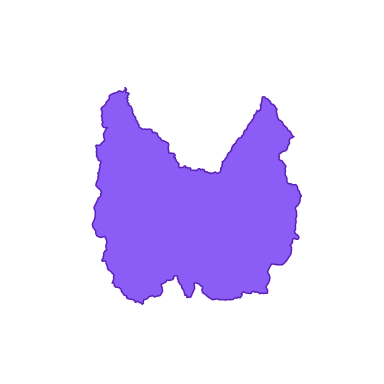 Santa Rosa, Cauca, Colombia, rotated 147°
{"feature_id": "7082276B65287171655445", "entity_name": "Santa Rosa", "entity_type": "district", "adm_level": 2, "iso_a3": "COL", "parent_name": "Colombia", "parent_adm1": "Cauca", "projection": "orthographic", "projection_center": [-76.572, 1.472], "detail": "fine", "context": "isolated", "style": "filled", "palette": "violet", "viewbox_px": 384, "rotation_deg": 147, "n_neighbors": 0, "source": "geoboundaries", "source_scale": "gbopen_adm2", "svg_char_len": 6046}
<svg xmlns="http://www.w3.org/2000/svg" viewBox="0 0 384 384"><g transform="rotate(147 192 192)"><path d="M299.7,130.8L299.1,130.0L297.9,130.3L296.9,129.6L296.4,128.0L294.9,126.4L295.0,125.4L294.6,124.9L293.3,125.3L292.3,126.9L291.1,127.8L287.6,126.8L285.1,127.6L281.6,126.6L280.4,124.2L279.0,124.1L275.4,122.6L274.0,122.9L273.5,123.4L270.8,124.7L268.9,128.6L269.0,129.7L268.2,131.3L263.2,130.7L260.9,131.7L259.1,130.1L256.1,129.1L254.5,129.5L253.8,130.9L251.9,131.0L250.3,129.8L250.2,129.3L250.3,128.7L251.4,127.3L251.0,125.6L252.3,124.6L252.1,123.9L252.3,121.1L251.6,119.7L252.8,117.2L252.5,114.1L254.1,109.2L252.9,108.6L253.0,107.6L253.7,106.6L253.4,106.0L251.4,105.3L250.6,104.6L250.0,104.7L242.3,109.8L240.0,114.1L239.3,114.3L238.7,114.1L236.1,111.0L235.9,108.8L234.9,106.9L235.1,105.9L237.0,104.7L237.9,101.7L236.5,98.5L235.7,95.4L233.4,90.4L228.9,88.6L227.9,86.8L224.7,84.9L222.6,83.0L220.8,82.6L219.4,81.3L216.3,79.6L213.9,79.8L212.9,79.4L212.1,78.4L210.8,78.7L209.2,77.1L207.6,77.5L205.7,78.8L206.0,79.9L203.1,80.3L202.2,78.5L198.7,75.3L197.5,74.8L195.9,75.6L194.8,75.5L193.9,73.8L191.0,72.0L190.8,70.0L188.1,69.0L187.4,67.9L184.8,66.8L184.1,66.1L183.0,67.0L182.0,68.9L181.9,71.4L181.4,72.5L177.7,73.9L174.9,75.9L173.4,77.6L172.4,80.1L172.3,83.8L166.8,87.3L164.1,88.2L160.2,84.6L156.3,82.0L155.3,81.8L150.5,82.7L142.9,86.1L140.6,88.6L138.8,91.3L138.4,92.7L138.6,93.9L135.5,94.7L134.8,95.4L134.3,96.6L133.3,97.4L132.1,97.6L131.4,97.2L130.2,95.5L129.0,94.8L128.5,94.8L127.6,95.2L126.9,96.1L126.8,97.3L127.1,98.9L128.0,100.5L127.6,103.2L125.7,104.1L123.0,108.4L120.8,110.4L119.8,112.9L117.4,114.7L115.0,118.9L114.3,122.0L112.9,122.9L111.0,123.1L107.8,124.4L106.0,125.9L104.4,128.5L102.7,128.9L102.4,129.4L102.3,132.4L101.6,134.3L102.0,136.4L100.7,139.1L100.8,141.2L101.6,142.1L103.3,142.8L104.6,145.0L106.5,146.4L106.8,148.2L106.8,148.9L104.8,152.1L104.5,155.5L103.9,157.0L102.7,157.9L101.0,161.0L99.4,162.3L99.2,162.7L99.6,169.4L100.6,170.1L101.2,172.1L99.5,174.2L98.9,175.9L98.2,176.4L96.2,176.3L94.2,176.6L91.0,175.6L89.7,175.8L87.9,177.0L87.0,178.1L83.6,179.8L82.7,181.8L81.7,182.9L80.1,183.3L76.6,182.9L77.3,184.9L76.7,188.5L76.9,189.8L77.9,191.6L77.5,193.9L78.7,198.4L78.2,201.6L79.0,203.9L80.0,205.4L79.4,208.4L78.2,211.6L77.0,214.3L75.6,215.1L75.9,217.5L75.7,219.3L76.3,221.3L77.4,222.4L77.2,225.8L77.8,228.7L79.4,230.8L79.2,232.1L80.7,233.2L81.1,233.3L81.7,232.9L84.7,229.3L85.6,228.9L86.3,227.9L87.3,227.7L87.2,226.9L87.5,226.9L88.7,224.8L90.0,223.8L90.5,223.5L91.0,223.9L92.1,223.5L92.5,224.0L93.1,223.9L93.3,224.5L93.6,223.9L94.5,224.1L95.9,222.7L98.0,222.8L98.7,222.2L99.1,221.0L100.1,220.6L100.4,220.1L101.5,219.7L102.3,219.8L103.3,219.0L104.6,218.8L106.4,217.9L107.4,218.0L108.5,217.5L111.2,215.5L111.7,215.4L112.0,214.7L113.0,214.7L113.7,215.0L115.4,214.4L116.6,213.4L117.4,212.2L119.9,211.8L120.6,210.9L124.0,211.7L124.3,211.2L127.3,210.4L128.2,209.2L130.0,209.2L130.7,208.8L131.5,209.0L131.9,208.4L133.1,208.5L133.5,207.7L134.6,207.4L136.3,205.4L137.0,205.6L137.8,204.9L140.2,204.9L140.7,204.3L141.8,204.2L143.4,202.4L145.6,202.0L147.1,201.1L149.0,200.7L150.1,200.9L150.7,199.3L151.4,199.1L152.3,198.2L152.5,197.3L153.9,196.4L154.8,196.4L156.7,193.8L157.9,193.5L159.9,193.7L160.9,194.3L161.6,196.0L162.9,196.4L164.0,196.2L165.4,197.2L166.4,197.2L166.6,198.6L167.8,199.2L168.5,200.9L170.1,201.7L169.6,203.8L170.6,205.3L172.7,205.8L172.8,207.3L173.3,207.7L174.7,207.9L176.8,207.4L177.3,208.3L180.6,210.6L181.0,211.5L180.3,212.5L180.5,213.3L182.4,214.4L182.9,215.6L183.9,215.8L183.6,217.7L184.3,217.9L185.6,217.5L187.0,217.9L189.3,219.4L189.4,220.4L187.5,223.1L188.4,226.0L187.9,227.6L187.9,229.3L187.2,230.1L188.1,230.7L188.2,231.1L187.7,231.8L186.1,232.0L186.0,232.8L186.3,234.4L187.7,235.1L188.1,236.0L189.9,236.9L190.2,237.7L189.0,239.1L188.9,240.6L187.9,241.5L187.1,243.1L186.0,244.0L185.5,245.0L185.5,246.4L187.9,250.5L188.7,251.0L189.4,252.1L189.1,254.4L189.9,255.5L190.0,258.1L189.3,259.6L189.3,260.3L190.3,261.1L190.7,262.4L192.7,263.2L191.9,266.1L193.1,267.7L195.6,269.1L197.6,270.7L199.0,271.2L200.9,275.1L200.8,276.1L199.9,277.2L200.2,278.3L199.4,281.0L199.7,282.0L199.5,284.2L198.6,285.4L199.1,287.3L199.0,288.8L198.6,289.5L198.9,290.9L197.8,292.0L197.1,293.8L196.6,296.8L197.1,298.4L198.0,299.7L196.8,300.4L197.3,302.7L195.7,304.0L195.8,306.1L194.2,306.3L193.9,307.8L191.7,308.4L191.2,308.9L191.5,309.8L193.3,311.6L192.9,312.5L191.1,313.5L191.1,315.7L191.4,315.8L192.2,314.1L195.4,313.6L196.0,313.9L196.7,315.2L198.3,316.6L201.1,316.5L204.9,317.7L208.4,317.9L209.3,317.4L210.6,315.1L211.8,315.0L213.3,314.3L214.6,314.3L216.5,312.8L218.2,312.2L221.0,312.1L222.6,311.5L223.4,310.5L223.1,309.1L223.9,308.2L224.4,306.9L226.7,304.9L226.9,302.9L228.5,301.3L228.4,299.4L229.2,298.6L229.9,298.6L231.0,296.9L231.1,295.0L230.6,293.9L228.2,292.1L231.0,291.0L234.7,288.8L236.2,285.7L236.6,284.0L237.0,283.4L238.4,282.6L241.9,282.1L243.0,281.3L244.5,281.8L246.6,283.3L247.5,283.2L248.8,279.4L250.5,277.6L251.0,276.2L252.6,273.9L252.6,271.2L253.2,269.7L251.9,267.6L252.3,266.2L254.5,265.2L255.3,263.3L257.4,261.5L258.7,259.5L260.8,259.2L261.1,257.0L262.4,256.3L263.3,254.7L264.4,253.6L266.6,252.4L269.1,249.8L268.3,245.2L267.5,243.2L268.0,242.5L268.2,240.7L269.6,240.3L270.3,238.6L272.6,237.8L273.6,238.1L277.2,235.6L282.1,232.8L283.0,231.7L283.6,228.5L286.1,224.7L288.6,222.2L293.0,219.4L293.7,218.0L294.2,216.6L294.1,211.7L295.3,209.5L295.7,207.3L293.9,204.1L292.5,203.2L289.8,202.4L289.5,201.8L289.8,198.6L291.0,196.0L294.0,193.3L295.0,190.3L295.9,189.8L297.2,190.0L298.0,189.3L299.2,189.0L300.5,187.0L302.1,185.7L302.9,184.5L304.3,184.3L304.9,183.5L304.9,182.8L302.7,181.6L302.2,180.5L302.2,179.9L303.0,178.9L303.3,176.5L304.6,173.4L304.5,172.2L303.8,170.8L303.1,168.1L303.2,167.1L302.7,165.9L302.7,164.8L304.0,163.6L305.3,161.4L308.4,159.2L307.2,157.8L308.2,155.5L307.8,153.8L305.0,151.3L304.8,150.0L304.3,149.2L305.4,147.0L305.0,144.9L305.3,143.1L303.3,140.0L304.3,139.2L304.4,138.4L303.3,136.8L302.4,136.2L301.9,135.4L300.0,133.8L299.2,131.6L299.7,130.8Z" fill="#8b5cf6" stroke="#5b21b6" stroke-width="1.5"/></g></svg>